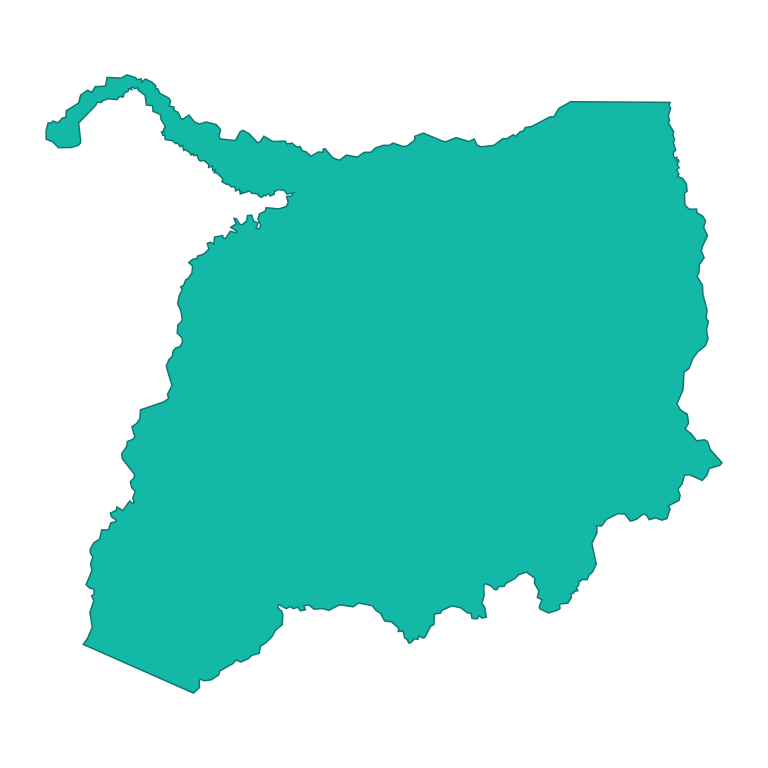 Lábrea, Amazonas, Brazil
{"feature_id": "56859067B73498292835260", "entity_name": "Lábrea", "entity_type": "district", "adm_level": 2, "iso_a3": "BRA", "parent_name": "Brazil", "parent_adm1": "Amazonas", "projection": "mercator", "projection_center": [-66.154, -8.383], "detail": "fine", "context": "isolated", "style": "filled", "palette": "teal", "viewbox_px": 768, "rotation_deg": 0, "n_neighbors": 0, "source": "geoboundaries", "source_scale": "gbopen_adm2", "svg_char_len": 6059}
<svg xmlns="http://www.w3.org/2000/svg" viewBox="0 0 768 768"><path d="M666.9,518.6L670.1,508.9L668.2,505.9L678.9,500.5L680.2,495.5L678.0,489.2L682.2,483.7L684.4,475.2L689.6,474.8L702.2,480.4L706.8,475.3L709.2,468.5L719.9,465.3L721.9,462.7L710.4,449.7L707.5,441.6L704.5,439.8L696.5,440.8L691.4,434.0L685.0,429.0L688.6,423.1L687.3,414.3L680.5,410.0L676.9,403.9L683.0,389.9L683.9,372.2L689.0,368.5L692.9,358.3L697.9,351.7L705.5,345.6L708.0,338.7L706.5,329.9L708.3,321.7L706.1,317.6L707.1,310.2L702.9,294.4L702.5,285.5L697.1,276.3L698.9,273.0L699.4,264.5L704.1,257.8L701.3,250.8L702.3,246.7L707.5,235.6L703.6,227.4L705.6,220.8L702.5,216.0L697.1,212.9L696.5,209.1L689.0,209.2L685.0,204.9L684.4,193.2L687.1,191.3L686.4,183.9L682.8,178.6L677.6,176.4L678.9,174.0L676.5,170.0L679.1,167.8L677.1,164.3L678.9,161.4L678.3,159.8L676.5,160.5L676.9,157.3L674.5,158.1L673.2,155.0L673.7,151.7L675.7,150.4L673.3,142.2L674.7,139.5L672.6,134.5L673.7,131.8L668.3,122.9L669.6,120.8L668.3,115.4L670.7,108.2L668.9,105.4L670.2,102.4L570.7,101.7L558.8,108.5L553.9,116.8L550.2,116.8L531.7,126.5L525.3,127.5L523.5,130.9L520.0,131.9L515.6,136.3L513.3,134.7L506.5,138.9L502.9,138.6L494.0,145.3L481.3,146.8L477.2,145.3L474.1,139.0L469.1,141.6L456.0,137.6L446.0,141.7L443.4,141.5L423.4,133.1L414.9,136.3L414.5,140.4L406.6,146.2L402.8,146.4L393.1,143.1L388.7,145.5L383.9,145.2L375.7,147.8L370.7,152.3L364.2,152.3L357.5,157.1L346.4,155.1L339.6,160.2L332.8,157.9L325.0,148.7L323.3,149.0L322.9,152.3L318.3,152.0L311.0,156.2L305.9,151.7L302.4,151.0L300.0,146.4L297.0,147.2L291.9,143.1L287.1,144.0L285.1,141.1L272.8,141.5L263.9,136.2L260.1,141.9L257.6,142.7L249.3,133.9L243.3,130.4L240.3,131.5L235.4,140.6L220.2,138.9L219.0,135.9L220.6,129.6L216.1,124.5L206.2,122.0L199.3,124.1L194.4,121.8L188.9,115.1L183.2,119.0L181.0,118.8L178.1,112.4L173.7,110.1L174.1,107.1L169.2,106.0L170.6,101.1L168.9,98.1L159.8,93.4L157.9,88.9L156.1,88.8L155.5,85.4L151.7,82.0L145.5,79.0L141.8,82.1L141.1,78.8L137.6,79.7L135.0,77.4L127.0,74.9L121.0,78.1L107.2,77.4L105.4,86.1L95.1,86.7L91.9,92.4L87.6,90.2L80.6,95.2L78.6,103.1L66.3,110.7L65.8,117.5L62.5,118.0L57.9,122.9L53.0,121.0L50.6,123.2L48.2,122.8L46.1,130.4L46.1,139.1L52.8,141.9L58.5,147.7L71.1,147.5L78.1,145.4L80.5,143.1L80.7,140.6L78.6,123.1L95.8,105.2L96.9,102.3L101.5,102.4L102.8,100.5L108.6,98.8L117.1,99.6L119.7,96.3L122.9,97.2L124.5,93.0L128.2,91.1L128.7,88.8L131.7,89.5L131.0,88.3L132.5,87.0L134.5,88.7L137.6,87.8L138.4,90.4L145.1,95.4L146.4,105.1L152.7,105.7L153.0,111.4L160.2,114.3L161.1,119.6L165.2,126.2L163.2,130.5L164.4,132.0L161.5,132.0L162.9,135.4L164.7,135.1L165.3,139.6L172.5,140.6L175.6,143.6L177.7,143.1L180.2,146.7L182.5,145.5L183.7,150.4L185.5,149.9L189.4,152.2L191.0,155.0L193.5,153.9L193.7,155.6L196.9,154.9L198.7,159.8L200.4,161.0L204.0,160.4L208.8,164.6L208.6,167.4L212.3,166.1L213.0,170.8L215.4,169.6L214.3,172.8L216.6,172.8L222.9,178.8L221.9,181.6L226.9,184.6L228.6,184.0L230.9,186.8L234.5,186.7L236.0,190.2L234.8,191.2L239.5,189.2L240.3,193.9L241.6,193.6L241.2,191.9L242.9,193.2L249.7,190.9L251.5,193.2L257.2,193.8L259.7,196.8L262.3,197.1L263.6,194.9L265.4,195.8L268.8,193.4L270.2,196.0L274.3,194.2L274.5,191.5L278.9,189.5L284.6,190.5L286.9,194.1L293.7,192.9L291.2,196.0L286.6,196.5L288.2,202.6L286.4,206.5L278.8,208.9L266.0,207.7L265.4,211.1L259.3,214.0L258.0,219.4L260.9,225.2L258.7,229.1L256.1,228.2L258.1,222.9L253.5,221.0L251.7,215.1L247.5,215.6L246.7,220.8L242.0,224.9L239.7,224.0L236.3,218.9L234.0,218.3L236.1,224.0L230.7,227.3L236.6,230.9L236.5,232.7L230.2,231.3L225.5,238.5L223.3,238.0L222.5,235.5L214.6,237.1L213.7,244.0L210.5,242.2L207.2,243.4L208.9,249.1L203.7,254.1L197.5,256.1L197.0,258.4L192.3,259.5L188.7,262.6L192.5,265.8L192.0,272.7L188.0,278.7L185.7,279.7L183.6,285.4L180.7,286.8L182.2,289.9L179.3,295.4L177.6,303.8L180.7,310.2L182.2,318.4L182.0,320.8L177.8,325.2L177.2,333.2L182.0,337.7L182.5,342.2L179.9,346.6L175.5,348.1L173.1,351.1L172.2,356.4L169.0,359.5L166.2,366.2L172.0,385.5L167.5,394.3L168.6,398.5L163.5,402.0L140.5,409.8L139.8,418.9L136.4,423.7L131.9,426.7L134.8,436.7L132.6,439.5L127.5,441.4L126.6,446.7L121.6,453.7L122.4,458.9L134.4,474.2L134.2,477.7L130.3,481.7L131.8,487.7L135.3,491.5L132.8,497.8L134.1,502.6L132.2,503.2L129.7,501.0L122.9,510.5L116.8,507.0L116.4,510.2L110.4,513.1L111.3,516.6L116.4,520.2L115.6,521.7L110.7,522.9L108.5,529.8L101.7,529.9L99.6,539.0L93.8,542.8L90.4,548.8L90.0,552.2L92.8,557.2L90.5,564.1L92.0,570.3L86.1,584.7L90.1,588.4L93.6,588.8L94.2,594.1L91.6,595.8L93.8,600.7L89.9,612.2L92.3,627.2L87.5,638.5L83.3,644.4L193.4,693.1L199.5,687.5L199.2,680.4L200.6,679.2L204.2,680.8L211.3,679.8L218.5,675.1L219.9,670.9L232.9,663.6L236.0,660.1L240.9,662.0L248.3,658.7L251.5,655.5L259.2,653.3L260.4,646.4L266.3,642.3L272.1,636.5L275.6,630.1L282.3,624.6L282.8,614.9L281.5,611.0L277.5,607.6L278.8,604.4L286.1,608.6L290.6,606.5L293.1,608.7L297.9,607.2L300.4,610.8L305.3,609.8L304.0,605.6L308.8,605.0L314.0,609.2L322.3,608.5L328.9,610.3L339.5,604.8L353.2,606.8L358.6,603.0L372.3,605.7L376.2,610.7L380.4,613.2L384.6,621.0L391.3,621.8L398.6,628.0L398.3,631.5L403.2,631.0L404.7,637.9L407.4,639.7L408.6,642.9L410.4,643.0L414.8,638.6L417.8,639.4L419.1,636.1L423.5,638.1L424.9,637.3L430.7,626.2L433.9,624.6L434.3,614.0L440.5,613.1L442.3,610.1L451.9,605.9L460.6,607.7L467.7,613.0L471.1,613.2L471.8,618.0L474.0,618.8L477.4,618.6L479.3,615.7L481.8,618.1L486.4,617.2L484.6,607.2L481.8,603.1L484.0,596.5L483.8,584.8L485.3,583.8L490.2,585.5L495.2,589.8L497.0,589.5L498.6,586.6L504.2,586.3L506.0,583.3L514.9,578.6L518.5,574.8L526.5,572.1L534.7,578.2L534.5,583.3L538.9,591.0L537.3,597.5L542.1,599.7L539.3,606.1L539.6,608.7L548.6,613.0L558.2,609.9L560.1,608.3L559.4,604.9L560.9,603.9L567.7,603.3L571.5,597.4L570.7,594.1L573.9,592.9L574.4,591.2L577.8,590.7L576.4,587.5L578.7,585.1L579.0,582.3L582.0,579.5L587.0,579.7L589.0,575.1L592.7,571.7L596.2,564.1L591.9,543.4L597.0,532.6L596.7,525.8L601.7,525.9L606.7,519.1L618.2,513.6L625.2,514.2L630.0,520.9L631.6,521.0L636.5,519.2L643.2,514.0L646.6,515.1L649.1,519.7L655.5,517.9L662.0,520.1L666.9,518.6Z" fill="#14b8a6" stroke="#0f766e" stroke-width="1.5"/></svg>